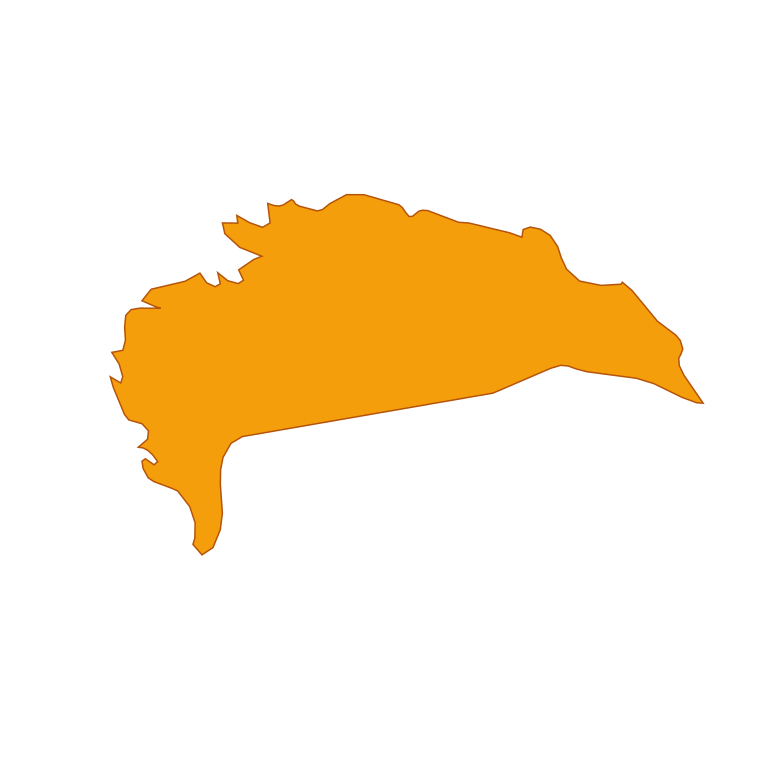 the Province of Camarines Norte, rotated 318°
{"feature_id": "PHL-2537", "entity_name": "Camarines Norte", "entity_type": "Province", "adm_level": 1, "iso_a3": "PHL", "parent_name": "Philippines", "parent_adm1": "", "projection": "equal_earth", "projection_center": [122.685, 14.086], "detail": "fine", "context": "isolated", "style": "filled", "palette": "amber", "viewbox_px": 768, "rotation_deg": 318, "n_neighbors": 0, "source": "natural_earth", "source_scale": "10m", "svg_char_len": 1671}
<svg xmlns="http://www.w3.org/2000/svg" viewBox="0 0 768 768"><g transform="rotate(318 384 384)"><path d="M134.7,375.3L140.3,372.0L150.8,360.7L157.6,345.1L159.1,325.4L156.7,319.9L147.7,302.6L146.0,296.0L148.4,285.7L152.5,279.4L156.6,279.9L159.1,290.2L163.9,290.2L164.7,281.9L164.1,275.4L162.2,270.3L159.1,266.6L171.3,266.8L177.6,261.3L177.6,251.7L170.3,239.9L170.8,232.9L180.5,205.5L185.4,195.5L189.0,207.1L194.8,203.7L200.5,192.0L202.9,178.4L212.5,184.2L221.1,178.5L229.3,168.2L238.0,160.2L245.8,159.5L253.1,164.1L268.9,178.4L266.1,174.0L259.8,160.2L274.4,157.8L304.8,174.5L321.4,178.4L319.9,190.1L323.6,198.7L329.4,200.0L334.9,190.1L337.0,202.7L342.8,211.8L349.0,212.9L352.4,201.9L370.5,204.3L378.7,207.3L368.2,185.9L366.3,165.8L371.7,156.2L383.0,166.6L387.4,160.2L392.1,174.3L398.5,186.2L407.1,188.1L418.4,172.0L421.5,177.5L424.8,181.3L428.8,183.5L438.7,185.1L439.3,187.5L438.7,191.1L440.3,195.5L450.3,210.8L455.0,213.2L464.5,213.7L482.8,218.2L495.6,229.7L515.0,260.7L515.7,265.2L514.9,271.1L514.7,276.2L517.2,278.4L525.5,278.9L528.8,280.6L532.5,284.3L547.6,313.7L554.7,321.0L578.6,355.8L584.7,367.2L590.8,362.3L597.8,365.3L603.9,373.8L606.9,384.8L605.0,398.1L600.2,408.8L596.5,420.8L598.2,438.3L611.3,456.0L627.0,468.5L629.2,467.8L630.9,480.5L629.2,520.2L633.6,543.3L633.2,550.1L629.5,557.9L625.0,560.3L620.3,562.1L615.8,567.8L612.8,577.9L608.3,611.8L603.7,607.0L596.6,593.5L584.7,564.1L575.3,548.5L543.1,510.8L536.8,501.2L533.0,494.0L528.0,488.5L518.5,483.9L458.9,463.7L243.6,328.3L230.6,325.7L215.3,330.8L205.3,338.3L195.3,349.0L177.5,371.8L164.9,382.7L147.5,391.1L134.4,389.2L134.7,375.4L134.7,375.3Z" fill="#f59e0b" stroke="#b45309" stroke-width="1.5"/></g></svg>